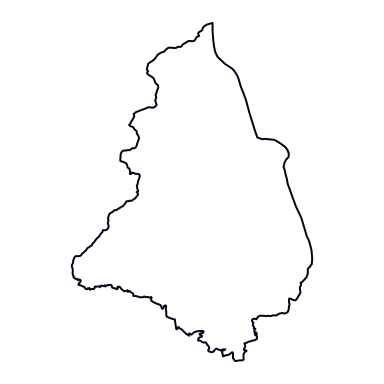 the district of Botene, Xaignabouri, Laos
{"feature_id": "54806243B51451438930517", "entity_name": "Botene", "entity_type": "district", "adm_level": 2, "iso_a3": "LAO", "parent_name": "Laos", "parent_adm1": "Xaignabouri", "projection": "mercator", "projection_center": [101.063, 17.709], "detail": "fine", "context": "isolated", "style": "outline", "palette": "ink", "viewbox_px": 384, "rotation_deg": 0, "n_neighbors": 0, "source": "geoboundaries", "source_scale": "gbopen_adm2", "svg_char_len": 5998}
<svg xmlns="http://www.w3.org/2000/svg" viewBox="0 0 384 384"><path d="M311.8,264.2L312.2,258.6L311.6,251.0L310.8,247.4L309.1,241.0L306.9,236.5L301.2,217.5L295.8,206.2L287.7,183.8L286.7,178.3L285.5,174.0L284.8,170.3L283.6,167.1L284.4,162.9L286.1,159.7L288.7,156.8L288.7,153.2L287.3,149.6L285.2,147.0L281.1,143.9L276.4,140.9L274.0,139.8L265.3,138.9L261.9,139.2L257.3,137.4L255.2,131.4L249.7,113.8L246.0,100.2L244.0,94.6L240.9,86.9L238.2,77.7L236.7,74.6L233.6,70.0L231.7,68.3L225.1,64.0L217.6,56.9L215.3,52.2L214.1,46.9L213.2,39.6L212.6,31.6L212.6,23.7L212.4,23.0L207.2,24.5L205.3,25.5L203.7,26.7L202.9,27.9L202.1,30.1L201.6,30.6L198.5,32.5L198.2,33.2L198.4,34.4L199.0,36.0L198.4,36.4L197.1,36.8L196.3,37.5L195.5,39.2L194.5,40.5L193.5,41.0L192.5,41.2L189.1,40.9L187.7,41.5L182.6,44.6L181.4,46.5L180.8,46.8L177.7,46.9L176.0,48.0L175.3,48.1L169.9,47.6L168.6,47.8L167.8,48.1L166.3,49.3L164.4,51.3L163.4,51.9L161.1,52.6L159.3,53.6L157.5,55.0L154.5,59.3L148.3,63.6L146.8,69.2L146.9,69.6L148.0,70.9L148.0,71.2L147.0,72.9L147.2,73.6L147.6,74.1L153.3,77.9L154.7,80.6L154.9,81.8L155.2,82.5L155.9,83.5L157.8,85.1L158.2,85.9L158.2,87.6L157.9,88.6L156.7,91.4L156.7,92.5L156.0,93.8L155.7,95.0L155.9,96.5L156.3,97.2L155.2,100.5L156.6,104.7L156.0,105.8L155.1,106.6L153.5,107.6L152.5,107.7L149.6,107.3L147.9,107.4L146.8,107.8L145.5,108.6L142.7,109.5L135.8,112.2L133.8,113.9L133.7,114.3L134.3,116.2L133.1,118.7L131.9,120.4L130.5,123.3L129.2,125.0L129.3,125.3L130.3,126.1L132.8,127.0L133.3,127.4L134.7,129.6L136.3,130.8L136.7,131.5L136.8,133.1L137.1,133.9L138.9,137.0L139.0,138.4L137.2,143.5L136.4,146.4L135.3,147.7L133.9,148.4L132.6,148.1L129.6,150.1L127.3,150.2L125.9,150.5L123.9,150.5L122.8,150.8L121.6,152.1L120.7,154.0L120.3,160.1L120.4,160.8L121.0,161.3L123.0,161.8L125.8,163.1L127.0,164.5L127.4,166.5L127.8,167.6L129.4,168.7L129.8,170.5L130.3,171.4L130.4,171.8L129.9,173.1L130.0,173.9L130.8,174.0L132.8,172.7L135.4,173.8L138.4,174.0L138.9,174.2L139.7,175.2L139.8,176.0L139.1,178.5L138.7,179.8L138.1,180.8L137.9,183.0L136.9,185.5L137.2,188.3L138.1,190.8L138.0,191.1L136.8,192.1L137.9,193.4L138.0,194.8L136.1,197.1L135.3,198.4L134.5,198.6L131.8,200.6L130.5,201.0L129.4,200.7L128.3,201.3L127.0,201.2L126.4,201.4L125.0,203.8L122.7,206.3L121.2,206.9L119.2,208.4L118.3,208.6L116.7,209.9L114.1,210.4L113.2,211.5L109.8,213.5L109.1,214.5L108.1,217.9L108.1,219.0L108.5,220.3L107.8,223.0L108.4,224.9L108.6,226.8L108.5,227.5L107.8,228.6L106.3,229.9L105.6,230.2L102.9,230.2L102.5,231.8L100.7,233.9L99.8,235.4L99.0,236.5L96.7,238.6L93.8,242.5L92.4,243.7L92.1,244.8L91.7,245.4L87.3,248.3L86.2,250.1L82.2,253.8L80.7,255.5L80.2,255.9L79.3,256.1L76.3,256.1L75.7,256.2L74.9,256.8L74.3,257.7L73.5,259.5L72.8,263.4L71.9,265.1L71.8,265.9L72.7,269.4L72.8,271.5L72.6,272.7L72.8,274.7L73.7,276.4L73.6,277.4L74.5,277.7L74.8,278.2L75.9,279.1L76.4,279.3L77.6,279.0L78.2,280.2L79.5,279.6L80.1,279.8L80.7,280.6L80.5,281.7L79.1,283.2L78.5,284.4L78.6,284.9L81.3,285.6L84.6,287.2L85.4,288.8L87.3,289.2L87.6,289.1L87.9,288.3L88.8,288.1L89.3,288.1L89.7,289.4L90.1,289.7L91.2,289.0L93.9,289.0L94.5,288.1L94.8,286.8L95.4,286.5L96.7,286.7L99.0,286.3L100.0,287.1L100.2,286.9L100.1,286.2L101.4,285.6L103.7,286.1L104.8,285.3L105.1,285.5L105.3,286.4L105.6,286.4L108.1,284.8L109.0,285.1L111.0,284.9L111.6,285.4L112.1,287.5L116.2,288.8L116.6,289.2L117.2,289.1L117.7,288.6L117.5,287.3L117.6,286.8L119.4,286.8L119.9,287.0L121.8,289.4L124.3,291.3L126.2,290.9L127.1,290.3L127.5,290.6L127.9,291.8L128.2,291.8L128.9,291.0L129.3,291.0L132.9,293.5L133.2,293.8L133.2,295.7L133.6,296.0L135.6,295.9L139.6,297.2L142.8,297.3L144.1,296.5L144.7,296.5L145.5,297.1L148.0,297.0L149.0,297.6L149.5,297.6L151.2,297.1L151.6,297.7L151.1,299.4L151.1,300.1L151.6,301.0L155.8,303.3L160.2,304.9L161.1,306.0L162.0,308.6L162.5,308.7L162.9,308.4L164.1,306.1L164.7,305.6L165.3,305.4L166.0,305.9L166.1,307.1L165.7,308.6L166.1,310.5L166.4,315.9L166.6,316.4L167.6,317.1L169.8,318.0L173.4,319.2L174.8,319.4L176.2,328.8L176.4,329.1L176.7,329.2L177.3,328.8L178.2,327.1L178.7,327.2L179.6,328.3L181.2,329.0L185.9,333.6L188.2,335.2L189.0,335.5L189.3,333.6L190.0,333.8L190.8,334.4L191.6,334.5L193.7,332.5L196.8,331.3L199.5,331.0L202.5,331.0L203.3,331.2L203.5,331.6L203.5,332.1L202.8,332.9L200.0,333.6L199.7,333.9L199.6,334.2L199.9,334.8L201.3,335.3L201.8,335.7L202.0,336.4L201.8,336.7L199.9,337.3L198.8,338.0L198.3,338.6L198.1,340.2L198.4,340.6L199.9,340.5L202.5,342.1L203.6,342.6L205.7,342.3L209.2,347.4L209.1,348.5L208.2,349.9L208.4,350.9L209.2,351.5L210.5,352.0L212.4,352.2L213.3,351.6L215.7,349.0L216.4,348.7L217.1,348.8L218.4,349.6L220.3,350.2L223.9,349.2L225.0,349.2L225.2,349.4L225.0,349.8L222.3,350.9L221.8,351.7L222.7,353.8L222.8,356.0L223.2,356.3L223.8,356.2L225.3,355.4L227.3,355.1L229.7,354.3L231.6,352.5L232.4,352.3L233.0,353.1L233.0,358.2L234.8,360.6L235.3,361.0L235.8,361.0L238.6,360.5L242.3,360.3L243.2,359.9L243.6,359.4L243.5,354.9L243.8,353.6L244.5,352.3L246.4,351.0L246.2,350.5L244.4,350.1L244.0,349.7L244.4,348.1L245.2,346.8L245.2,345.9L244.4,343.6L244.6,343.3L246.7,342.8L248.3,341.7L249.9,341.6L251.9,340.7L254.1,340.4L255.7,339.8L256.9,338.8L257.0,337.6L256.6,335.6L256.8,334.7L256.1,334.4L255.4,335.0L254.9,334.4L255.1,333.9L256.4,333.2L256.4,332.8L256.0,332.4L254.6,332.3L254.2,331.7L254.4,330.2L255.3,329.2L255.3,328.8L254.9,328.6L254.2,328.6L253.8,328.3L254.0,327.0L252.9,325.6L252.8,324.8L253.4,322.9L252.0,320.9L252.2,319.7L253.1,319.0L254.3,318.7L256.3,319.2L257.6,317.5L257.8,316.9L260.1,315.7L264.3,315.8L265.7,316.1L268.7,315.8L270.4,316.1L273.0,315.4L276.2,315.4L279.7,313.5L281.2,313.3L282.2,312.9L283.3,313.3L285.0,313.5L285.6,313.3L287.7,312.0L288.6,309.8L289.0,306.1L289.4,305.3L289.5,303.6L288.9,302.5L289.2,298.7L290.1,298.6L293.8,300.2L295.5,300.2L296.5,299.3L300.2,293.3L300.4,292.0L299.9,288.6L299.9,287.0L300.6,286.1L301.0,284.9L301.0,283.3L300.7,282.9L303.0,281.2L306.3,277.4L306.9,276.4L307.2,275.1L307.7,274.1L307.9,271.5L307.7,270.1L307.9,268.9L308.5,268.0L310.0,266.8L311.0,264.8L311.8,264.2Z" fill="none" stroke="#020617" stroke-width="2"/></svg>